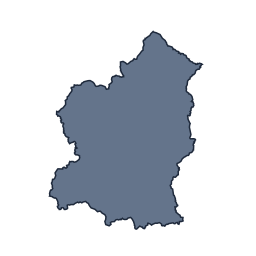 outline of Nyaruguru, Southern, Rwanda, rotated 282°
{"feature_id": "39286606B69204186902764", "entity_name": "Nyaruguru", "entity_type": "district", "adm_level": 2, "iso_a3": "RWA", "parent_name": "Rwanda", "parent_adm1": "Southern", "projection": "mercator", "projection_center": [29.568, -2.686], "detail": "fine", "context": "isolated", "style": "filled", "palette": "slate", "viewbox_px": 256, "rotation_deg": 282, "n_neighbors": 0, "source": "geoboundaries", "source_scale": "gbopen_adm2", "svg_char_len": 5782}
<svg xmlns="http://www.w3.org/2000/svg" viewBox="0 0 256 256"><g transform="rotate(282 128 128)"><path d="M227.6,132.5L224.9,130.7L222.9,130.1L221.8,128.8L220.6,128.0L220.3,127.3L218.9,126.6L219.0,126.1L217.9,126.2L217.0,124.9L216.1,124.8L212.6,126.4L210.0,125.9L207.2,126.5L206.0,125.4L203.0,124.1L200.0,122.4L197.1,122.2L196.7,120.6L197.1,119.6L195.9,118.9L195.0,118.8L193.7,116.9L190.9,114.8L190.4,114.0L190.3,113.4L191.2,112.2L192.1,109.3L191.0,106.9L187.0,107.8L186.4,107.5L183.7,108.7L182.4,108.8L182.1,109.5L180.9,110.0L180.3,110.9L179.2,111.6L178.2,112.9L177.4,113.0L177.6,112.4L176.9,112.1L176.3,111.0L176.6,110.4L176.3,109.5L176.9,108.8L176.7,106.6L177.1,105.5L176.8,104.9L176.2,104.8L176.0,104.0L175.6,104.0L175.1,102.4L173.7,101.7L172.1,101.8L170.0,102.9L168.5,102.2L166.5,100.4L165.1,101.0L163.5,100.7L162.4,101.0L161.5,99.1L161.4,98.8L163.6,97.0L164.2,93.4L164.0,91.7L162.8,90.3L162.1,88.2L162.6,87.2L164.5,85.7L165.6,84.1L166.5,81.1L166.0,79.2L164.1,75.3L163.1,74.6L162.3,73.5L160.2,72.9L159.4,70.5L159.5,69.3L158.9,68.3L159.0,66.5L156.8,66.5L155.9,64.1L155.2,64.1L153.8,65.3L152.3,65.3L149.4,63.9L146.8,63.1L146.0,62.1L143.7,62.5L141.8,60.9L140.7,61.5L137.9,62.1L134.1,60.2L133.0,58.8L130.2,57.2L130.1,56.9L129.3,56.9L129.4,54.8L126.4,55.3L125.8,56.8L125.1,56.9L125.4,57.6L125.0,59.4L124.0,60.1L123.6,59.9L123.0,60.2L122.7,61.1L121.9,61.3L121.0,60.7L120.6,61.2L119.9,61.2L119.2,62.0L119.5,63.3L119.1,64.1L118.6,64.3L118.0,63.8L116.2,63.9L114.5,65.1L112.6,65.4L112.4,65.8L111.6,66.0L111.3,65.7L110.7,66.1L110.3,65.9L109.7,66.1L109.4,67.3L107.8,68.0L106.7,69.4L106.3,72.0L104.5,71.7L103.8,72.2L102.8,72.1L100.5,74.1L101.9,75.6L102.7,77.3L103.3,77.6L103.7,78.4L103.5,79.1L102.2,80.2L101.5,79.5L100.9,79.6L100.3,80.3L98.6,80.9L97.8,82.3L97.3,81.7L97.4,80.9L97.1,81.1L96.5,80.6L95.1,80.6L94.0,81.5L93.1,80.8L92.5,81.3L91.8,81.1L90.9,82.4L91.2,84.0L90.9,86.0L90.7,86.4L89.8,86.5L89.2,86.9L87.2,86.8L84.3,84.4L83.3,82.4L83.8,81.5L83.6,79.9L83.0,79.1L83.2,78.1L81.4,77.7L79.8,77.9L78.6,75.7L77.9,76.1L77.3,76.8L76.1,76.1L75.8,75.2L76.4,74.2L76.0,73.7L76.1,73.0L75.2,72.4L74.3,72.6L73.5,68.0L73.2,67.7L68.9,66.0L66.4,67.2L63.6,66.8L62.2,65.9L62.1,64.9L59.4,65.0L58.2,64.6L55.6,66.2L54.6,66.1L53.1,67.0L51.4,66.1L51.4,65.5L50.4,65.0L47.5,64.9L45.8,65.6L45.1,65.4L45.1,68.4L44.5,69.1L44.2,70.8L44.5,71.5L44.1,72.6L41.8,74.4L40.3,75.1L39.7,75.0L39.0,75.3L38.4,76.1L37.5,76.0L36.7,75.2L35.4,75.9L34.5,77.4L34.0,77.7L34.4,79.0L35.2,79.5L36.1,79.4L36.4,79.9L36.5,81.3L35.1,82.6L35.3,83.7L36.1,85.1L37.0,85.6L39.8,84.6L40.5,85.5L40.5,87.1L41.2,87.8L41.8,90.7L43.2,91.8L45.0,94.1L44.6,95.4L45.7,96.5L45.2,98.4L46.3,99.5L47.4,101.9L46.5,103.1L46.0,104.9L44.1,106.3L42.2,108.5L41.6,112.6L39.8,115.6L40.7,117.4L40.8,118.4L39.4,120.3L38.4,123.4L36.6,124.9L33.8,125.2L31.8,124.8L28.9,126.3L28.4,129.9L30.2,131.4L31.8,130.5L32.8,131.4L33.7,134.3L34.7,134.6L35.7,135.3L36.3,136.6L36.1,137.9L37.2,139.6L36.8,140.2L38.5,141.3L37.9,142.1L37.8,143.8L38.2,145.2L38.6,146.0L39.8,146.6L41.1,149.2L39.7,151.1L37.6,152.9L35.1,154.3L34.1,154.5L33.5,155.2L31.8,155.4L31.1,155.9L30.8,156.9L31.0,157.5L34.5,159.9L33.9,162.0L34.1,162.5L33.1,163.5L32.9,164.8L33.2,165.3L34.3,165.2L34.7,165.7L35.8,165.6L37.3,167.5L38.7,167.1L39.1,167.3L38.7,169.8L37.9,171.2L38.9,172.1L40.6,174.5L40.9,176.4L42.0,178.4L40.9,180.9L39.6,181.2L39.5,182.1L40.1,183.3L39.6,184.0L40.0,184.7L40.8,184.8L41.8,185.7L42.1,187.1L42.8,187.4L44.3,191.0L44.6,192.0L44.1,192.7L44.1,193.8L45.0,194.4L45.9,195.7L45.7,196.2L45.1,196.3L44.5,196.9L44.4,197.8L46.0,198.0L47.2,197.7L47.7,199.9L48.6,201.2L49.9,200.5L51.9,200.4L51.7,198.0L53.5,197.0L54.1,195.1L54.7,194.5L55.5,192.6L56.3,192.5L56.6,192.1L57.4,192.1L57.7,191.2L59.0,191.1L60.5,190.3L60.9,191.7L61.7,192.1L62.2,192.7L62.8,192.7L63.2,191.8L65.2,190.6L66.3,189.4L67.1,189.7L68.0,189.1L68.8,189.0L71.6,187.2L71.8,186.5L77.5,184.4L78.2,182.6L79.2,182.5L79.5,181.9L80.7,181.2L82.2,182.1L85.2,181.5L86.8,182.6L88.7,182.3L89.6,182.6L89.6,184.2L89.8,184.7L92.3,186.2L92.7,186.9L96.1,186.1L97.8,186.9L98.3,186.0L98.8,185.8L99.2,186.5L99.8,186.4L100.0,185.5L102.0,183.6L103.5,183.4L104.6,185.0L106.4,186.7L109.0,187.4L111.3,189.1L111.5,189.6L113.4,191.4L113.8,192.8L114.6,193.2L116.3,193.3L117.3,195.3L118.7,196.1L120.3,196.3L120.3,196.6L124.5,195.9L124.8,195.3L125.6,195.3L126.8,195.3L127.0,195.9L127.9,196.0L128.2,195.5L128.7,196.1L129.9,196.1L130.4,196.5L130.9,196.2L131.2,194.7L130.4,191.3L130.9,190.6L131.8,190.4L132.7,190.8L134.7,190.9L141.5,187.9L143.8,187.7L145.3,187.9L146.1,187.1L149.5,184.6L150.1,184.7L152.3,183.7L152.8,183.9L152.8,185.8L153.7,186.2L154.8,185.6L155.1,186.1L156.3,186.1L157.0,185.3L158.2,186.0L160.5,185.5L160.8,186.0L161.7,186.0L162.0,187.2L163.8,187.7L164.8,187.1L165.4,187.2L166.8,186.1L166.9,185.5L167.1,186.0L167.4,185.8L167.9,184.9L169.1,185.5L172.2,184.0L173.6,182.4L174.0,181.4L173.9,180.6L174.7,180.2L175.4,178.3L176.4,177.2L178.5,177.1L179.1,176.5L180.2,176.6L180.6,176.3L182.5,176.9L186.3,176.5L188.0,177.3L188.8,178.4L190.6,178.3L191.8,179.6L193.1,179.9L193.2,180.4L193.7,180.5L194.0,181.3L195.4,182.2L198.3,182.4L199.8,183.8L200.4,185.5L201.2,185.6L202.6,186.5L202.9,186.4L202.8,185.6L203.3,185.6L204.8,186.7L205.4,186.8L205.7,187.3L206.1,186.4L206.2,184.4L205.5,183.5L205.6,182.4L205.1,182.1L204.7,182.3L204.3,181.0L205.0,180.5L205.1,178.2L206.0,177.2L206.1,175.2L206.7,174.7L206.7,174.0L207.3,173.5L208.0,173.6L208.6,171.3L209.4,170.5L210.6,170.0L211.1,169.3L211.2,167.4L212.1,166.7L212.1,165.0L211.1,164.1L212.2,163.2L211.8,161.9L213.0,161.9L213.3,161.3L213.3,159.4L214.5,157.6L214.6,156.8L214.1,155.8L214.6,155.5L215.0,155.7L216.4,154.2L216.7,150.9L216.4,150.1L217.2,149.6L217.7,148.7L219.8,147.7L220.1,147.0L221.3,146.2L222.9,143.0L226.1,139.9L227.0,135.9L227.2,132.9L227.6,132.5Z" fill="#64748b" stroke="#1e293b" stroke-width="1.5"/></g></svg>